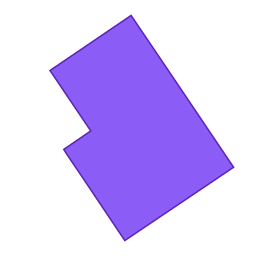 the district of Cottonwood, Minnesota, United States of America, rotated 236°
{"feature_id": "52423323B65882700434645", "entity_name": "Cottonwood", "entity_type": "district", "adm_level": 2, "iso_a3": "USA", "parent_name": "United States of America", "parent_adm1": "Minnesota", "projection": "robinson", "projection_center": [-95.186, 44.022], "detail": "fine", "context": "isolated", "style": "filled", "palette": "violet", "viewbox_px": 256, "rotation_deg": 236, "n_neighbors": 0, "source": "geoboundaries", "source_scale": "gbopen_adm2", "svg_char_len": 316}
<svg xmlns="http://www.w3.org/2000/svg" viewBox="0 0 256 256"><g transform="rotate(236 128 128)"><path d="M36.4,193.6L39.4,193.6L146.3,193.6L147.9,193.6L219.6,193.5L219.3,95.5L146.4,95.5L146.2,62.8L143.8,62.7L140.0,62.6L107.0,62.6L36.5,62.4L36.4,193.6Z" fill="#8b5cf6" stroke="#5b21b6" stroke-width="1.5"/></g></svg>